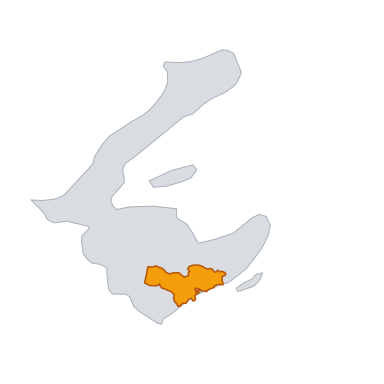 Nord on a map of Haiti (Natural Earth projection), rotated 134°
{"feature_id": "HTI-1387", "entity_name": "Nord", "entity_type": "Department", "adm_level": 1, "iso_a3": "HTI", "parent_name": "Haiti", "parent_adm1": "", "projection": "natural_earth1", "projection_center": [-72.317, 19.567], "detail": "fine", "context": "in_parent", "style": "filled", "palette": "amber", "viewbox_px": 384, "rotation_deg": 134, "n_neighbors": 0, "source": "natural_earth", "source_scale": "10m", "svg_char_len": 2937}
<svg xmlns="http://www.w3.org/2000/svg" viewBox="0 0 384 384"><g transform="rotate(134 192 192)"><path d="M308.3,122.1L310.3,125.4L314.5,147.0L314.9,153.9L310.7,164.4L311.4,168.5L320.4,178.1L320.5,181.6L319.5,185.1L311.8,194.3L305.9,200.5L307.8,207.7L312.6,214.5L313.2,220.2L311.7,227.8L304.4,237.1L300.5,240.5L289.6,240.9L288.4,242.2L293.8,251.4L300.0,261.7L310.0,269.7L312.3,277.3L309.9,284.5L309.5,302.1L301.8,293.5L293.3,286.4L288.2,283.6L283.0,281.8L242.7,282.7L238.2,284.0L234.7,286.3L230.9,287.4L219.8,289.6L208.8,290.1L183.1,284.3L172.9,281.3L162.6,279.4L150.9,280.0L139.1,281.8L129.7,285.9L122.7,293.3L121.4,300.1L117.2,301.8L107.7,291.0L99.0,283.3L89.1,277.5L68.8,269.2L65.1,264.2L63.5,258.1L71.7,239.4L81.1,235.9L86.3,235.3L97.8,237.6L109.1,241.9L119.4,244.6L135.3,245.7L144.0,250.3L205.2,257.5L216.8,259.7L221.3,258.9L225.2,256.1L228.5,251.1L232.3,247.3L250.5,246.4L254.3,244.8L256.9,239.5L256.9,234.0L246.2,226.6L229.5,210.5L214.8,191.5L221.2,185.1L218.8,173.3L221.1,162.5L224.6,151.9L210.1,142.7L193.0,133.7L169.2,130.8L161.9,128.5L158.1,121.7L161.5,112.6L169.3,107.5L178.1,104.4L187.1,102.2L209.0,99.6L230.7,102.6L249.4,111.9L268.4,119.3L292.5,121.8L303.3,124.4L308.3,122.1ZM215.4,223.0L213.8,230.5L190.6,221.6L171.8,210.2L172.6,204.1L182.2,202.6L191.4,206.4L205.0,214.0L215.4,223.0ZM228.2,87.9L231.9,90.4L230.5,93.4L221.4,91.6L211.9,88.1L208.8,89.0L206.9,88.6L201.4,85.2L206.3,82.7L211.3,81.9L216.7,82.1L228.2,87.9Z" fill="#d9dde1" stroke="#a8b0b8" stroke-width="1"/><path d="M237.2,105.3L239.1,107.9L241.5,109.7L244.0,110.7L245.4,109.7L247.0,110.7L249.8,111.9L252.3,112.6L253.5,112.2L254.1,113.9L258.4,118.5L258.4,119.2L258.0,119.0L256.6,118.5L257.7,121.6L258.1,122.1L259.7,122.5L260.1,122.4L259.7,121.4L260.9,119.9L260.6,119.9L260.0,119.9L259.7,119.9L259.9,119.3L260.2,119.0L260.3,119.2L260.3,118.5L260.1,118.2L259.7,117.0L260.3,117.0L261.6,117.9L263.5,118.1L265.1,117.5L265.9,115.9L266.8,114.8L268.5,114.8L269.8,115.9L269.0,118.5L270.5,119.5L272.0,119.7L275.6,119.0L275.9,119.0L276.4,119.2L277.0,119.7L278.3,121.1L279.2,121.4L282.3,121.4L283.1,121.7L283.5,122.2L283.8,122.7L284.0,122.8L283.6,123.8L283.2,124.6L282.8,128.8L280.9,131.9L279.4,132.3L278.3,133.1L278.4,134.6L278.1,135.9L278.3,138.4L279.6,141.0L280.5,144.1L282.0,146.9L281.7,149.8L280.8,151.4L282.5,151.9L284.2,152.4L288.8,157.6L290.3,163.1L283.8,166.9L277.5,171.3L275.7,171.5L274.9,170.0L272.9,167.8L270.2,166.8L269.3,163.9L267.8,160.8L267.4,157.8L267.8,154.8L266.3,151.0L262.7,149.0L259.2,145.4L258.7,138.6L257.0,137.6L255.7,136.8L254.1,137.0L252.4,138.7L250.6,138.7L250.6,141.5L247.9,142.4L244.7,140.9L241.9,138.5L239.4,135.7L237.9,131.3L236.7,127.0L234.5,126.0L233.4,124.2L234.2,120.5L232.3,119.0L230.4,119.3L230.1,116.9L228.2,115.2L227.2,112.6L227.2,112.0L227.5,110.7L228.7,110.3L230.2,110.8L231.1,111.4L232.0,111.5L233.2,110.4L234.2,109.3L235.0,108.6L235.5,107.3L236.4,105.8L237.2,105.3Z" fill="#f59e0b" stroke="#b45309" stroke-width="1.5"/></g></svg>